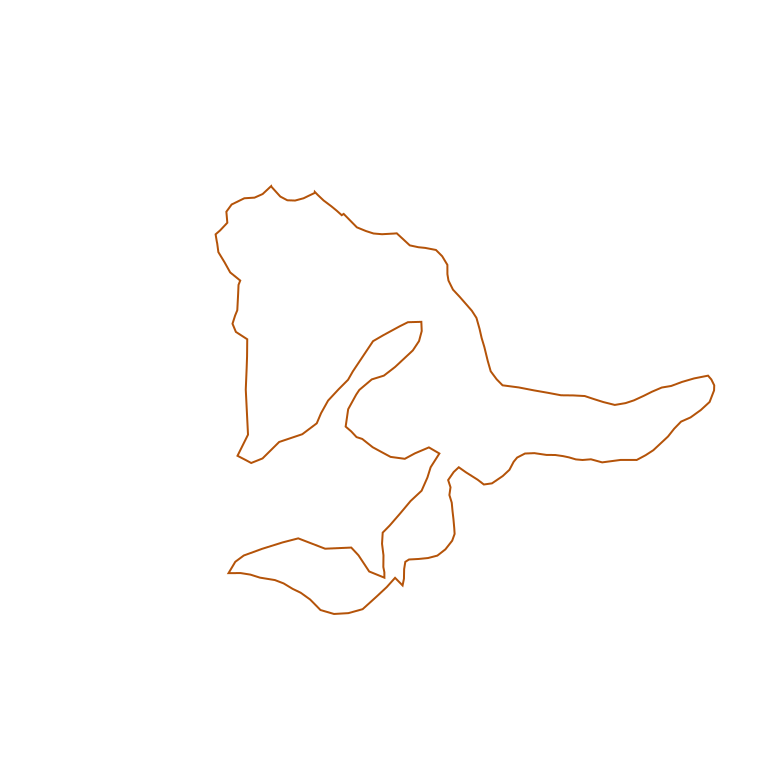 Samukh District, Samux, Azerbaijan, rotated 137°
{"feature_id": "54616110B65018719015844", "entity_name": "Samukh District", "entity_type": "district", "adm_level": 2, "iso_a3": "AZE", "parent_name": "Azerbaijan", "parent_adm1": "Samux", "projection": "orthographic", "projection_center": [46.456, 40.939], "detail": "fine", "context": "isolated", "style": "outline", "palette": "amber", "viewbox_px": 768, "rotation_deg": 137, "n_neighbors": 0, "source": "geoboundaries", "source_scale": "gbopen_adm2", "svg_char_len": 2758}
<svg xmlns="http://www.w3.org/2000/svg" viewBox="0 0 768 768"><g transform="rotate(137 384 384)"><path d="M331.5,605.7L343.2,605.7L351.6,608.6L359.5,615.1L373.0,619.2L381.8,617.5L388.6,608.8L399.1,608.1L405.1,608.3L409.2,602.1L410.1,600.6L415.2,593.4L417.6,581.8L420.4,570.5L418.6,557.7L422.8,555.7L429.1,549.5L441.0,538.0L446.2,535.6L453.7,531.4L456.8,523.1L453.5,510.0L465.4,497.5L473.6,489.3L488.9,474.2L518.0,439.7L540.1,431.4L538.4,426.6L537.0,422.7L535.0,416.8L523.6,412.4L500.2,413.1L478.0,403.0L460.0,401.1L449.9,405.6L436.2,410.0L420.9,411.1L407.4,411.6L398.1,414.5L362.8,422.8L351.4,420.2L344.4,418.4L333.2,415.5L324.4,412.9L314.3,404.0L320.3,397.0L329.1,391.5L340.0,388.9L364.4,388.9L378.4,390.2L389.8,395.7L406.1,396.5L411.6,395.2L427.4,390.0L441.1,379.0L440.3,371.7L440.3,363.9L437.4,358.7L435.4,345.5L432.2,335.9L428.9,326.2L419.8,315.1L408.7,312.2L394.4,307.0L390.9,295.4L406.7,291.3L416.0,286.0L429.3,280.3L444.3,280.3L460.5,278.3L476.6,276.6L486.3,276.2L494.4,268.5L501.2,259.1L509.3,250.6L512.1,246.1L515.8,242.1L522.7,257.0L519.5,276.1L519.5,286.7L539.4,303.7L552.0,329.6L566.2,337.3L585.6,346.6L603.5,354.2L614.0,355.4L626.7,351.7L617.8,343.5L611.7,335.7L606.8,327.0L597.5,315.0L593.4,306.6L590.5,296.4L587.3,288.2L585.0,276.8L584.6,262.0L577.4,249.9L566.3,240.7L553.2,233.9L535.5,233.6L520.5,233.6L508.1,234.7L507.8,224.0L502.2,228.0L495.5,234.9L489.7,239.4L485.4,238.6L478.1,232.5L470.5,226.7L462.0,222.1L451.8,221.2L441.0,222.9L434.6,226.2L430.9,230.7L425.3,237.9L420.5,244.4L415.4,251.0L411.9,258.2L405.8,263.1L402.6,270.0L393.0,272.1L386.1,272.1L384.3,263.5L380.8,250.2L379.5,242.4L372.8,237.7L359.9,235.7L350.8,235.7L342.2,238.7L336.8,239.4L328.3,237.0L321.2,230.9L313.6,221.4L307.2,215.3L302.2,209.1L298.7,204.1L295.1,198.0L290.6,193.0L284.0,187.8L277.9,177.9L262.6,167.0L251.0,156.1L241.2,153.5L232.2,151.9L222.1,151.9L212.1,151.9L202.3,153.4L192.4,153.9L182.6,150.5L170.0,148.9L158.1,148.8L147.0,154.2L143.4,157.8L141.5,164.1L141.4,167.1L141.3,169.1L153.4,176.6L164.7,182.3L175.3,186.7L183.3,192.0L193.3,195.6L202.1,198.2L212.4,201.6L220.4,205.3L229.5,211.3L230.2,212.4L235.9,221.2L240.6,229.5L245.4,238.3L253.4,246.6L262.2,255.0L270.0,265.6L278.7,277.1L287.8,289.6L298.2,302.2L298.4,310.6L297.3,320.5L292.4,330.1L285.4,342.6L281.2,351.1L276.5,359.2L271.3,369.3L269.8,377.7L269.2,396.1L269.2,406.0L266.3,415.7L262.7,421.1L256.4,427.9L254.3,437.8L254.6,446.6L261.1,455.5L265.5,460.5L270.6,467.8L271.9,485.5L274.2,487.3L276.1,488.9L283.3,494.9L289.0,501.2L292.9,508.2L297.0,517.1L297.5,535.9L299.8,536.3L300.4,543.1L301.3,549.8L303.0,559.4L303.5,567.4L303.6,571.7L304.4,571.0L311.0,573.1L316.2,574.7L317.3,575.3L323.9,578.8L329.4,584.3L332.0,591.8L331.8,605.0L331.5,605.7Z" fill="none" stroke="#b45309" stroke-width="2"/></g></svg>